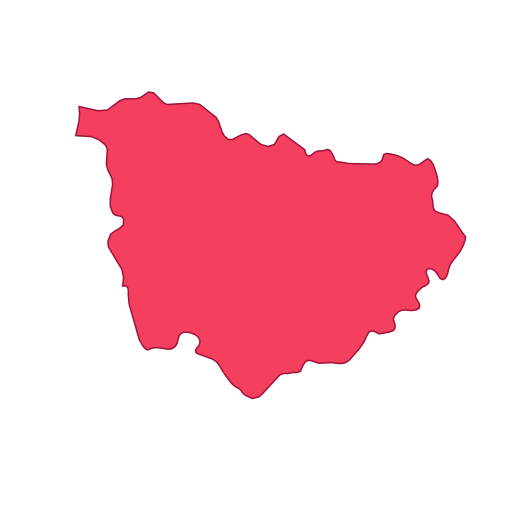 the Metropolitan department of Haute-Loire, rotated 11°
{"feature_id": "FRA-5299", "entity_name": "Haute-Loire", "entity_type": "Metropolitan department", "adm_level": 1, "iso_a3": "FRA", "parent_name": "France", "parent_adm1": "", "projection": "orthographic", "projection_center": [3.906, 45.086], "detail": "fine", "context": "isolated", "style": "filled", "palette": "rose", "viewbox_px": 512, "rotation_deg": 11, "n_neighbors": 0, "source": "natural_earth", "source_scale": "10m", "svg_char_len": 2842}
<svg xmlns="http://www.w3.org/2000/svg" viewBox="0 0 512 512"><g transform="rotate(11 256 256)"><path d="M56.1,172.2L56.5,157.3L55.7,150.0L53.8,143.0L73.0,143.6L82.3,141.1L92.7,129.5L97.3,126.7L108.0,124.6L112.5,122.4L119.3,115.5L124.5,115.4L135.7,123.1L139.6,124.3L164.9,117.8L171.9,118.0L190.3,127.5L193.5,131.0L198.8,140.3L201.9,144.2L206.6,146.9L210.5,146.2L218.6,139.8L222.8,137.8L226.0,138.1L239.4,145.5L246.7,146.2L252.8,143.0L255.8,134.3L259.9,131.0L283.6,142.4L285.0,145.6L286.6,147.1L288.6,147.9L290.6,146.8L294.1,142.8L296.4,141.2L301.4,140.0L306.0,137.7L308.6,138.3L311.4,141.2L313.5,144.0L315.0,146.5L316.9,147.9L318.2,148.2L320.7,147.7L329.6,147.5L354.8,143.2L357.7,142.0L360.2,139.9L361.5,137.5L361.8,134.7L361.9,132.1L364.2,130.6L367.4,130.2L375.0,130.4L381.0,131.6L392.4,136.3L395.0,136.5L397.5,135.8L399.9,134.0L403.9,129.6L406.1,127.8L409.3,129.1L412.9,132.8L418.6,143.1L420.4,148.4L420.7,152.5L419.3,155.0L417.8,157.4L416.8,160.4L416.9,163.8L419.2,168.9L420.0,172.5L421.3,175.6L423.0,177.6L427.6,178.7L436.7,179.3L443.7,183.4L453.5,193.0L458.1,197.3L458.2,200.6L457.6,205.2L456.9,207.9L455.3,213.0L449.9,223.6L448.8,226.2L448.0,228.8L447.7,231.4L447.4,236.7L447.0,239.4L446.0,241.8L444.3,243.5L441.3,243.1L439.5,241.3L437.5,239.1L435.4,237.2L433.1,235.9L430.6,235.2L428.3,235.3L426.5,236.5L426.1,239.5L427.4,242.1L430.6,247.3L430.6,249.6L428.6,252.4L424.7,255.3L421.3,260.2L420.1,263.4L420.8,266.5L424.9,271.1L426.3,273.6L426.1,276.1L423.9,278.2L419.1,279.9L412.4,280.6L409.4,281.4L406.7,283.3L403.8,287.4L403.1,290.2L402.8,291.6L403.1,292.2L403.5,292.9L405.7,297.3L406.2,300.4L405.2,302.9L401.1,305.3L392.0,308.9L386.0,307.4L383.5,307.5L381.2,309.4L380.0,313.2L378.5,319.2L377.5,322.0L374.7,328.0L367.7,339.9L365.6,342.4L363.0,344.4L358.9,345.6L350.3,346.3L338.0,349.3L329.5,348.2L326.8,348.7L324.5,350.5L322.8,355.0L322.2,358.2L321.5,360.9L318.9,362.3L317.2,362.9L314.9,363.2L309.7,365.3L307.1,365.7L304.5,366.5L301.9,368.4L288.9,389.6L287.2,391.8L286.0,393.6L279.6,396.6L272.4,394.8L270.6,394.0L268.6,392.7L266.8,390.7L265.1,389.6L260.7,388.2L256.7,386.0L247.9,378.2L239.7,369.2L237.0,367.2L233.4,365.6L217.1,363.0L215.2,361.9L214.7,359.8L215.5,357.5L216.9,355.0L217.5,352.4L217.1,349.7L215.0,346.9L211.8,344.9L206.5,343.9L202.8,343.9L199.6,344.6L197.3,346.2L196.0,348.5L195.5,351.1L195.2,357.0L194.2,359.7L192.5,362.0L189.8,363.7L187.1,364.3L177.0,364.7L173.9,365.4L171.2,366.5L167.1,369.0L162.9,366.7L157.4,360.4L140.7,327.6L138.2,319.1L137.1,313.5L136.0,311.4L133.7,310.0L130.9,311.0L130.1,302.3L126.9,294.7L109.5,275.4L107.8,269.7L109.1,262.6L112.3,258.8L116.7,255.1L119.8,250.8L119.0,245.0L116.6,242.9L110.1,242.7L107.3,241.3L103.4,234.8L102.1,227.9L101.6,213.1L99.9,207.4L94.0,199.5L91.6,194.5L89.7,179.5L87.2,175.9L79.8,171.9L71.9,170.2L56.1,172.2Z" fill="#f43f5e" stroke="#9f1239" stroke-width="1.5"/></g></svg>